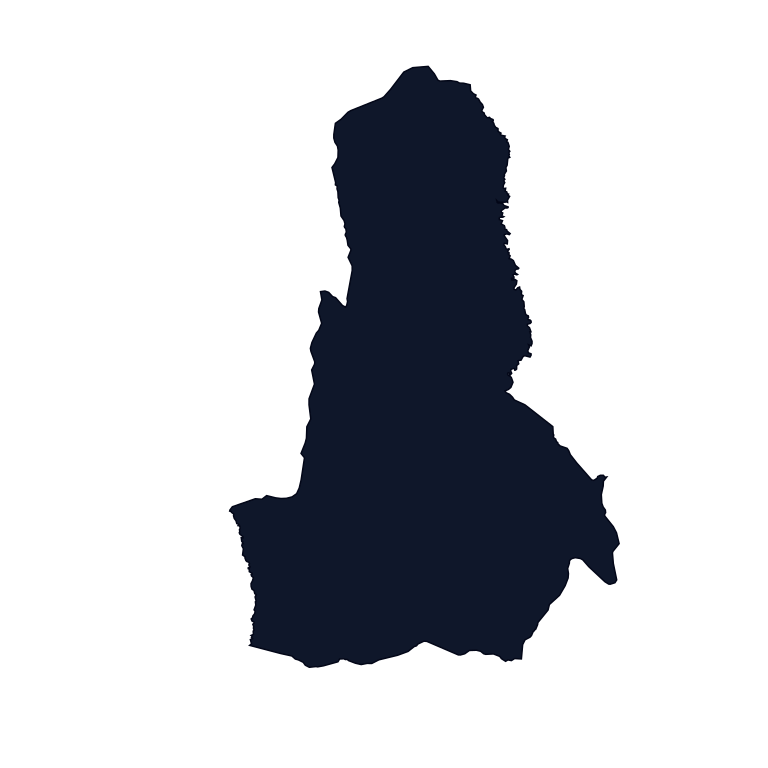 Befale, Équateur, Democratic Republic of the Congo, rotated 256°
{"feature_id": "63176286B4133354906354", "entity_name": "Befale", "entity_type": "district", "adm_level": 2, "iso_a3": "COD", "parent_name": "Democratic Republic of the Congo", "parent_adm1": "Équateur", "projection": "orthographic", "projection_center": [21.248, 0.596], "detail": "fine", "context": "isolated", "style": "filled", "palette": "ink", "viewbox_px": 768, "rotation_deg": 256, "n_neighbors": 0, "source": "geoboundaries", "source_scale": "gbopen_adm2", "svg_char_len": 6159}
<svg xmlns="http://www.w3.org/2000/svg" viewBox="0 0 768 768"><g transform="rotate(256 384 384)"><path d="M84.0,450.8L97.6,455.5L101.7,459.0L103.0,464.4L104.2,466.2L107.4,468.6L108.6,470.6L109.4,471.0L109.4,471.9L113.3,474.8L115.3,475.6L125.0,488.5L130.0,491.1L136.5,503.2L144.5,511.0L151.2,515.7L155.4,517.1L160.6,517.6L165.1,520.4L167.5,521.2L168.6,522.5L169.2,524.4L169.2,527.6L167.2,532.3L165.4,534.3L157.2,538.5L138.7,550.5L135.5,553.6L135.0,555.1L135.2,558.4L135.3,560.0L137.6,562.4L154.4,563.1L164.8,564.8L166.1,565.5L172.2,573.5L183.4,573.6L190.1,572.0L202.7,566.2L204.6,566.8L205.5,567.9L208.2,568.3L211.7,566.9L215.6,566.5L224.1,568.1L232.0,572.0L236.6,573.4L239.9,577.6L240.1,575.9L242.4,574.7L243.1,571.9L242.5,569.0L241.1,568.1L239.7,564.3L240.7,562.3L260.6,552.0L270.3,547.7L274.6,547.1L277.3,546.1L281.3,539.9L283.9,538.3L285.2,538.4L286.3,537.4L289.0,537.2L290.6,535.8L291.8,535.6L293.4,536.4L294.6,536.1L301.8,537.5L329.6,515.8L337.0,506.6L340.1,505.5L343.7,503.3L346.0,500.4L348.0,499.7L348.6,503.4L350.0,506.3L354.5,509.6L359.7,509.1L362.6,506.6L363.7,506.3L364.8,506.9L364.8,508.1L362.6,508.1L362.2,508.7L363.5,510.5L365.8,510.1L367.4,510.6L367.8,513.3L367.5,514.2L365.8,514.2L365.7,515.0L366.4,516.3L369.8,517.2L371.0,519.6L374.2,519.6L374.0,522.8L376.6,525.1L377.3,526.5L377.3,527.6L374.8,532.2L376.4,533.7L377.7,534.0L379.4,531.6L381.6,531.6L384.7,534.0L387.2,533.7L385.4,535.9L387.4,537.4L389.7,538.0L393.7,537.4L396.2,538.3L399.3,538.1L399.1,539.2L403.4,538.8L405.5,537.3L406.5,537.2L407.3,537.7L407.4,540.5L408.2,541.7L409.6,541.9L410.7,541.3L411.7,539.4L412.4,539.2L413.7,540.4L415.2,540.5L416.5,538.8L418.0,538.3L422.2,538.5L423.5,537.8L425.1,538.8L429.9,539.6L432.8,538.2L436.1,540.4L437.2,539.2L438.1,539.1L440.7,540.0L442.9,538.8L445.3,539.0L445.1,537.2L443.3,534.6L444.4,533.1L446.0,533.4L448.9,536.6L452.1,537.9L453.6,536.5L453.5,534.6L454.2,533.1L455.8,533.3L455.9,533.9L454.9,534.8L455.0,535.6L456.4,536.0L458.5,535.4L458.9,535.9L459.1,537.0L457.8,539.3L458.0,540.1L459.8,538.4L461.7,538.1L462.8,538.9L463.5,540.4L463.1,541.8L463.8,542.8L467.4,540.2L472.4,539.4L474.3,537.8L475.4,535.8L477.9,537.4L480.0,536.1L480.4,536.9L481.2,537.1L482.3,536.1L483.2,536.2L484.3,538.0L485.0,538.0L484.9,536.4L485.5,535.2L487.7,535.0L490.2,533.9L491.4,534.8L490.1,537.5L493.3,538.6L498.8,536.5L499.7,536.8L500.0,539.4L498.6,541.7L499.4,542.8L502.5,540.5L504.1,540.3L505.1,538.7L506.7,539.2L508.5,539.1L511.0,536.4L513.8,538.5L515.6,535.7L517.1,535.9L517.7,537.1L517.1,539.6L517.4,540.7L518.6,539.0L521.2,540.6L522.5,539.2L523.8,539.8L525.5,543.9L525.0,546.2L525.2,547.1L525.8,547.3L528.2,543.6L530.4,542.9L532.2,538.2L533.1,537.6L535.1,537.7L533.1,539.0L532.3,540.5L531.1,545.5L531.2,546.8L530.3,547.9L532.5,548.3L535.7,551.3L537.1,549.9L538.1,550.8L538.8,549.6L540.7,549.6L541.8,548.2L544.5,549.4L544.8,547.5L545.6,547.0L548.3,548.1L550.2,549.9L552.3,549.3L553.4,550.8L555.2,550.0L556.9,551.3L558.4,551.5L561.1,554.3L564.5,554.6L566.5,556.4L572.6,558.6L573.3,559.2L573.5,560.9L575.5,560.3L576.2,561.1L578.2,561.1L579.4,562.4L581.4,561.4L584.3,563.0L588.5,562.7L589.3,561.6L591.2,562.8L592.5,561.3L594.4,560.6L595.3,561.5L597.0,558.0L598.4,557.3L599.1,558.2L601.5,555.8L604.3,556.4L606.1,554.4L608.5,553.6L610.5,553.6L612.3,552.6L612.9,553.7L614.2,553.8L615.8,551.6L617.2,550.9L617.3,548.5L620.9,546.7L622.8,546.7L624.4,545.1L626.0,545.2L628.4,547.4L631.4,547.1L634.4,545.5L637.5,544.7L638.5,543.9L639.1,542.5L641.0,542.3L642.1,543.2L644.1,540.9L647.5,539.0L653.5,540.0L656.6,534.0L657.7,530.1L659.7,528.0L662.3,521.8L664.4,511.5L665.8,509.8L672.7,507.9L681.5,503.7L684.0,488.4L681.9,478.7L668.2,461.5L662.7,453.5L661.9,451.1L657.3,417.9L656.4,414.8L651.3,406.5L648.7,399.9L638.3,395.7L634.8,394.8L630.4,394.9L626.1,396.4L622.0,396.1L614.9,394.1L609.5,389.4L606.7,385.9L591.3,385.8L589.0,385.0L587.4,386.5L584.7,385.6L581.8,385.8L575.8,384.6L573.4,384.9L571.1,384.0L565.4,384.2L557.4,382.9L552.3,384.8L548.8,384.9L546.5,383.6L545.3,383.7L544.0,384.5L540.5,384.2L538.5,382.6L537.4,382.4L535.2,383.1L532.3,383.1L527.3,382.6L523.4,384.4L522.0,384.4L515.6,379.8L506.4,381.7L501.8,380.6L475.8,368.8L472.8,368.6L469.3,366.8L467.9,365.3L470.2,362.7L479.5,357.9L481.2,355.3L486.3,352.5L488.5,349.2L489.0,344.7L480.6,344.1L473.0,339.0L469.7,337.9L458.0,338.2L451.9,333.7L449.8,330.7L441.7,324.1L436.4,321.2L433.3,321.0L422.2,322.2L420.0,321.4L415.1,317.2L400.7,316.5L387.8,307.7L381.9,306.2L367.8,304.5L361.2,298.8L350.1,295.6L345.7,293.2L336.7,286.7L331.7,289.0L311.0,280.4L303.6,276.6L298.7,272.7L296.7,267.5L296.7,261.6L297.8,256.4L299.7,251.4L304.1,243.1L301.7,237.7L303.8,231.4L301.6,207.2L299.0,204.0L298.0,203.5L297.2,205.0L296.4,204.9L294.2,206.8L292.5,206.1L289.7,206.2L287.2,207.3L284.2,207.4L283.0,209.2L281.9,208.1L281.2,209.6L278.8,209.6L277.9,208.6L275.6,208.3L274.7,207.6L273.2,207.8L270.1,210.1L268.8,209.9L269.4,208.3L265.8,207.9L264.9,208.8L264.3,208.3L263.1,208.8L263.1,207.7L261.5,206.9L258.2,207.7L252.3,205.4L250.0,207.4L248.9,207.0L246.1,207.3L244.9,208.0L243.8,209.7L242.2,210.0L241.7,209.3L240.4,209.1L239.0,209.8L237.9,208.8L238.5,208.3L238.4,207.7L237.6,207.6L237.0,208.5L234.5,207.9L232.1,210.3L231.4,210.2L231.2,209.0L229.8,209.0L227.7,210.4L224.9,208.8L222.5,206.7L219.7,206.1L216.8,206.3L215.1,207.9L211.8,207.9L210.5,209.1L208.6,207.4L204.2,207.4L203.8,206.5L200.5,206.1L196.3,203.3L194.5,204.0L192.3,202.8L190.7,200.7L188.9,199.8L188.2,198.3L185.9,198.6L184.5,200.3L183.5,200.2L182.6,198.6L180.4,198.9L178.5,198.2L176.6,198.4L175.9,197.3L172.6,196.7L172.2,194.2L171.1,195.1L170.1,194.1L168.7,194.8L168.4,192.5L164.0,192.6L162.9,190.4L147.5,218.5L142.4,228.8L138.6,231.4L137.0,234.2L133.5,238.3L130.2,239.6L127.2,243.0L126.3,249.6L125.6,251.2L125.2,257.1L125.6,272.1L127.9,274.4L127.1,278.6L126.0,279.8L125.7,281.7L124.2,282.7L120.0,288.7L117.3,294.0L117.0,300.0L115.8,304.5L117.6,312.3L117.5,331.6L118.7,342.7L121.9,349.7L122.1,352.2L123.5,354.0L124.8,360.5L123.9,363.3L103.2,390.5L102.6,392.6L102.7,397.1L104.8,402.4L103.3,409.3L101.3,413.1L98.1,415.5L97.1,417.3L95.6,424.9L91.7,430.4L89.1,431.5L85.5,434.9L86.3,437.5L84.8,440.7L86.0,444.3L84.0,450.8Z" fill="#0f172a" stroke="#020617" stroke-width="1.5"/></g></svg>